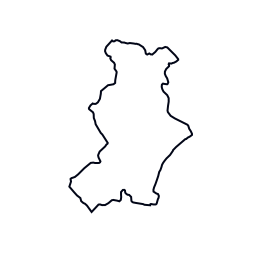 Santa María Ixhuatán, Santa Rosa, Guatemala (Robinson projection), rotated 227°
{"feature_id": "79465075B67666952430364", "entity_name": "Santa María Ixhuatán", "entity_type": "district", "adm_level": 2, "iso_a3": "GTM", "parent_name": "Guatemala", "parent_adm1": "Santa Rosa", "projection": "robinson", "projection_center": [-90.258, 14.147], "detail": "fine", "context": "isolated", "style": "outline", "palette": "ink", "viewbox_px": 256, "rotation_deg": 227, "n_neighbors": 0, "source": "geoboundaries", "source_scale": "gbopen_adm2", "svg_char_len": 2674}
<svg xmlns="http://www.w3.org/2000/svg" viewBox="0 0 256 256"><g transform="rotate(227 128 128)"><path d="M89.8,173.7L103.0,168.8L107.8,167.5L112.4,168.0L113.8,168.8L116.9,172.4L119.5,175.7L122.1,178.1L125.3,179.1L130.4,178.8L133.1,179.6L135.1,180.7L136.6,182.4L136.6,183.9L135.9,184.3L133.3,186.4L133.2,186.9L133.7,188.1L134.0,188.7L137.6,190.5L140.1,191.0L142.5,191.9L144.1,193.5L145.1,196.2L145.2,200.2L146.1,201.0L146.9,201.2L147.3,202.1L145.4,203.8L145.2,204.8L144.4,206.1L143.7,208.7L143.6,211.2L144.2,211.7L148.9,212.1L160.1,211.7L161.9,210.5L163.0,207.1L164.7,205.7L165.5,204.5L165.5,203.3L165.0,199.8L165.2,195.8L165.8,195.4L166.2,194.9L168.0,194.4L168.6,192.2L169.2,191.9L170.3,191.8L173.1,193.6L176.9,194.2L181.9,192.9L182.6,192.3L183.7,191.8L184.4,190.9L185.9,189.8L188.9,187.3L190.0,185.4L192.0,184.1L193.0,183.6L195.0,181.6L197.0,181.3L199.5,180.1L200.6,178.7L200.6,177.4L201.0,176.8L201.5,176.2L202.9,176.0L202.2,167.6L200.8,164.7L199.8,163.6L197.8,162.8L195.0,162.4L192.1,163.9L191.5,163.5L190.9,162.5L189.1,161.9L185.2,162.3L183.4,161.7L180.6,158.6L177.1,158.1L176.3,157.5L171.9,151.6L171.2,150.8L169.7,149.3L169.9,147.2L170.3,146.6L171.3,145.0L172.9,142.6L173.4,133.4L171.6,131.5L169.2,128.3L168.5,127.4L167.3,123.5L167.5,121.4L167.9,120.5L169.4,119.1L170.0,118.9L170.1,116.0L169.3,113.1L168.9,112.7L168.3,112.4L163.3,113.1L161.6,112.4L158.6,109.8L155.5,108.6L152.8,106.9L142.9,104.7L140.8,104.8L130.9,103.0L130.5,102.3L130.6,100.8L130.1,98.8L130.1,91.2L128.7,88.0L128.2,87.3L126.4,86.3L122.4,85.1L122.0,84.2L122.1,83.2L122.9,82.1L124.9,80.0L126.4,79.0L127.9,76.9L128.4,68.6L128.1,59.9L128.4,55.8L129.3,53.7L129.9,52.5L129.9,51.2L127.7,49.8L125.1,45.1L118.3,44.8L113.4,44.7L109.3,45.4L106.4,43.9L103.6,44.2L101.9,44.9L99.3,45.1L91.4,44.1L92.1,54.2L91.2,55.4L89.2,56.5L88.5,57.4L87.3,58.6L86.4,62.4L86.2,66.9L85.4,68.2L82.3,70.5L80.3,71.7L80.3,73.6L80.7,74.2L82.1,75.9L83.6,77.1L85.9,79.2L86.2,82.0L85.3,83.1L84.4,83.2L82.6,81.9L81.5,81.8L79.6,82.1L78.3,83.2L75.5,83.3L72.5,80.9L72.0,80.7L71.3,80.7L70.7,80.8L70.1,81.0L69.5,81.4L69.0,81.8L68.4,82.2L62.1,87.1L60.6,87.7L56.4,91.5L56.8,91.9L57.0,92.5L56.7,93.0L54.7,94.5L53.3,96.0L53.1,96.4L53.1,97.1L53.3,97.6L53.6,98.1L55.6,101.4L56.0,102.6L57.2,104.2L59.2,104.9L60.7,104.1L64.1,103.3L65.5,104.5L66.8,106.6L68.2,109.7L70.4,113.9L72.3,117.4L74.6,120.9L75.2,123.1L76.7,126.0L77.8,127.7L78.4,129.4L78.6,130.1L79.1,132.6L79.5,135.4L79.6,140.4L80.7,145.3L81.1,145.9L81.2,148.3L81.3,150.2L80.8,162.3L80.3,163.0L80.2,164.7L80.1,165.8L79.8,166.4L79.5,167.8L79.4,168.9L79.3,170.1L80.2,170.9L81.5,171.3L82.7,171.7L84.2,172.0L85.6,172.2L88.5,173.6L89.8,173.7Z" fill="none" stroke="#020617" stroke-width="2"/></g></svg>